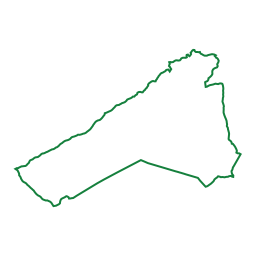 Santaluz, Bahia, Brazil (Albers equal-area conic projection)
{"feature_id": "56859067B88136569258603", "entity_name": "Santaluz", "entity_type": "district", "adm_level": 2, "iso_a3": "BRA", "parent_name": "Brazil", "parent_adm1": "Bahia", "projection": "albers", "projection_center": [-39.492, -11.198], "detail": "fine", "context": "isolated", "style": "outline", "palette": "green", "viewbox_px": 256, "rotation_deg": 0, "n_neighbors": 0, "source": "geoboundaries", "source_scale": "gbopen_adm2", "svg_char_len": 4600}
<svg xmlns="http://www.w3.org/2000/svg" viewBox="0 0 256 256"><path d="M215.8,55.3L214.5,54.6L213.0,54.3L212.0,54.2L211.0,54.4L209.7,54.7L208.1,55.1L206.8,55.7L205.5,55.7L204.4,55.6L203.0,54.9L202.1,54.3L201.1,53.9L200.3,53.2L199.9,52.0L198.8,52.2L197.4,52.0L195.9,52.0L194.7,51.1L194.4,50.0L193.2,49.9L192.2,50.7L191.4,51.9L190.6,52.8L191.1,54.0L190.4,55.2L189.5,56.2L188.6,55.6L187.9,54.6L186.7,54.9L186.5,55.9L186.8,57.3L185.8,57.8L184.1,57.7L182.5,57.8L181.2,58.5L180.6,59.6L179.9,60.3L178.9,60.5L177.8,60.5L176.8,60.3L175.7,60.4L174.5,61.0L173.2,62.0L171.5,62.3L170.3,62.0L169.2,62.2L169.8,63.9L169.3,64.9L169.0,66.0L169.9,66.9L170.5,68.1L171.2,69.1L170.4,70.4L169.7,71.5L168.4,69.6L167.2,69.7L166.2,70.0L165.5,71.0L164.5,71.6L163.6,72.1L162.6,72.7L161.5,73.0L160.5,73.8L159.8,74.8L158.5,76.3L158.1,77.2L157.4,78.0L156.9,79.1L156.1,80.0L155.6,81.3L154.2,81.3L153.0,81.0L151.5,81.5L150.0,82.6L148.9,83.4L148.1,84.5L148.2,85.7L147.4,86.6L146.9,87.7L145.7,88.7L145.0,89.9L144.0,90.6L142.7,92.3L141.6,92.3L140.3,91.9L138.9,92.0L137.5,92.7L137.0,94.4L135.4,95.3L134.3,96.6L132.8,96.6L131.9,97.5L130.7,98.2L129.6,98.6L128.3,99.1L127.2,99.6L126.4,100.8L124.9,102.1L123.5,102.7L122.1,103.1L121.0,103.8L120.0,104.3L119.1,104.9L117.7,105.1L116.5,105.3L115.5,106.1L114.5,107.4L113.7,108.1L112.9,109.0L111.9,110.0L110.7,110.8L108.8,111.6L107.5,112.2L106.2,112.8L104.8,113.2L104.7,114.2L104.3,115.1L103.5,116.0L102.7,117.1L101.9,118.1L101.1,118.9L100.1,119.8L99.0,120.2L97.7,120.5L96.1,121.4L95.0,122.5L94.2,123.7L93.4,124.7L92.7,126.0L91.8,127.2L91.0,128.3L90.1,129.4L89.3,130.0L88.5,130.7L87.2,131.6L86.1,132.6L84.6,133.4L83.1,133.7L81.6,134.3L79.7,134.8L78.0,134.7L76.8,135.5L75.3,136.1L73.9,136.6L72.2,137.0L71.0,137.9L70.4,138.7L69.5,139.3L68.4,139.9L67.1,140.3L66.1,140.5L64.6,141.1L63.2,142.1L62.2,143.0L61.1,143.6L59.9,144.5L58.9,145.7L57.2,147.1L55.8,147.6L54.4,148.7L53.2,149.2L52.0,149.4L50.6,150.1L49.2,150.8L48.3,151.3L47.4,151.8L46.4,152.1L45.1,152.8L43.7,153.4L42.4,153.5L41.2,154.2L40.3,155.2L39.4,155.9L38.1,156.9L36.9,157.2L35.8,157.3L34.7,157.7L33.5,158.6L32.6,159.4L31.4,159.8L30.0,160.5L29.4,161.5L28.9,162.8L27.4,164.2L26.4,165.4L25.3,166.0L24.0,166.1L22.7,166.3L21.4,166.4L20.5,166.9L19.3,167.4L18.2,168.1L16.9,168.1L15.4,168.9L16.4,169.6L17.4,170.2L18.1,171.4L18.5,172.3L19.1,173.5L19.2,175.4L20.1,176.4L20.7,177.5L21.0,178.6L21.7,179.7L22.1,180.5L23.0,181.5L23.9,182.1L25.1,182.7L26.3,183.5L27.3,184.8L28.8,186.0L29.7,186.9L30.8,188.0L31.9,188.9L32.7,189.7L33.7,190.5L34.6,191.9L35.7,193.3L36.6,194.3L38.3,195.6L39.7,196.2L41.0,197.3L41.9,198.6L43.1,199.5L44.7,200.1L45.9,200.5L47.3,200.4L48.6,201.0L50.0,201.6L51.3,202.7L52.0,203.8L53.5,206.1L54.8,205.9L56.3,205.6L57.3,205.0L58.7,204.4L59.9,203.4L60.1,201.9L60.5,200.3L61.3,199.0L62.5,198.3L64.0,197.6L64.9,197.2L65.7,196.5L66.7,196.2L67.7,196.7L68.7,197.4L69.0,198.5L70.1,198.5L71.6,198.2L73.2,198.0L76.9,195.6L97.4,183.2L104.0,179.5L117.3,172.4L126.7,167.5L140.9,160.1L144.5,161.6L147.9,163.1L160.4,166.8L175.5,171.3L178.1,172.0L179.7,172.5L181.2,172.9L182.5,173.3L184.2,173.8L185.7,174.3L197.9,177.9L200.1,180.7L205.6,186.7L206.8,186.4L208.1,185.7L209.3,184.8L210.5,184.0L211.5,183.2L212.3,182.4L213.1,181.7L213.9,180.7L214.4,179.5L215.8,178.3L217.0,177.5L218.1,176.3L219.8,176.7L220.9,177.2L222.2,177.0L223.2,177.1L224.7,177.3L225.7,177.0L226.9,176.8L227.9,176.8L229.1,176.2L230.9,175.9L232.2,176.7L233.2,176.9L233.3,175.5L232.1,174.0L231.7,172.6L231.5,171.1L232.2,170.0L232.6,168.9L232.9,167.4L233.5,166.6L240.6,154.2L239.3,153.4L237.7,153.3L236.4,152.6L236.9,150.9L236.5,149.7L236.1,148.7L235.6,147.8L235.1,146.8L234.2,145.5L232.9,143.9L231.8,143.7L231.6,142.5L231.0,141.4L230.1,140.6L229.1,139.9L228.6,139.0L229.1,133.9L228.9,132.5L228.6,131.5L228.3,130.3L228.0,129.3L227.8,127.7L226.9,126.3L226.9,125.3L227.1,124.3L226.8,122.8L226.6,121.0L226.0,119.2L225.2,117.4L224.7,116.1L224.3,115.1L224.0,114.0L223.6,112.8L223.6,111.2L223.7,109.3L223.6,107.5L223.9,106.3L223.5,104.7L223.0,103.1L222.5,101.7L222.6,100.7L222.8,99.4L222.9,98.0L223.3,96.6L223.2,95.2L223.1,94.1L223.3,93.1L223.2,91.9L223.1,90.4L223.3,89.3L223.3,88.1L223.1,86.6L222.8,85.1L222.3,83.8L220.9,83.4L219.6,83.5L218.1,84.1L216.8,83.9L215.4,83.7L214.5,84.0L213.1,84.5L211.7,84.8L210.6,85.0L209.5,85.3L208.3,85.9L206.9,86.7L205.7,86.9L205.1,82.2L206.1,81.6L207.4,81.1L208.3,79.8L208.5,78.2L209.5,77.5L210.9,76.2L211.7,75.3L212.4,74.0L212.3,72.6L212.3,71.1L213.0,69.5L214.5,68.3L216.1,67.7L217.1,67.3L217.7,66.1L217.2,64.2L218.3,62.3L218.7,60.8L218.0,59.2L217.2,58.2L216.1,57.7L215.6,56.8L214.9,56.1L215.8,55.3Z" fill="none" stroke="#15803d" stroke-width="2"/></svg>